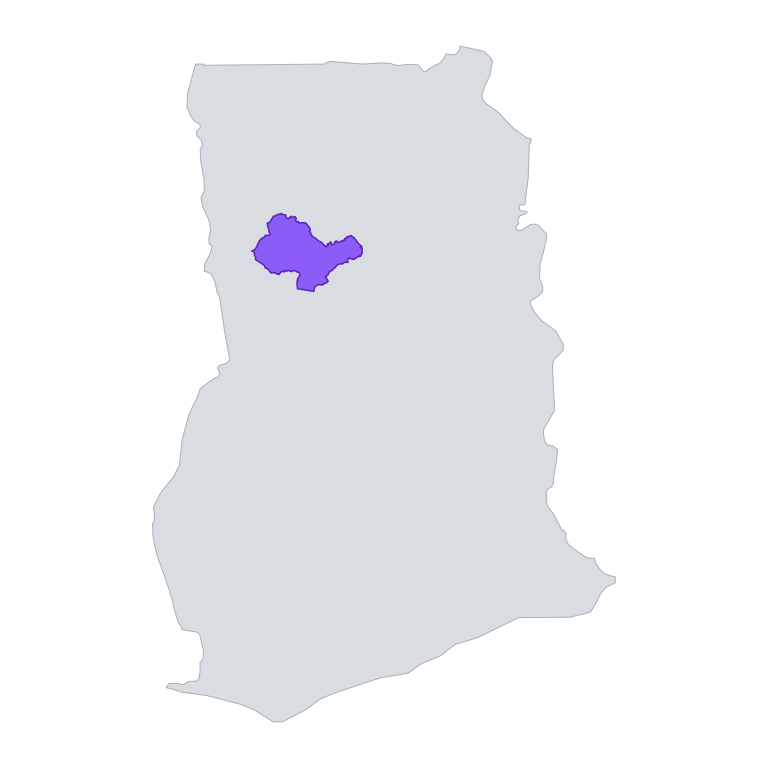 location of West Gonja, Northern, Ghana
{"feature_id": "2480657B54445116346139", "entity_name": "West Gonja", "entity_type": "district", "adm_level": 2, "iso_a3": "GHA", "parent_name": "Ghana", "parent_adm1": "Northern", "projection": "mercator", "projection_center": [-1.753, 9.223], "detail": "medium", "context": "in_parent", "style": "filled", "palette": "violet", "viewbox_px": 768, "rotation_deg": 0, "n_neighbors": 0, "source": "geoboundaries", "source_scale": "gbopen_adm2", "svg_char_len": 4514}
<svg xmlns="http://www.w3.org/2000/svg" viewBox="0 0 768 768"><path d="M484.2,51.5L490.9,57.9L492.4,61.6L490.0,75.4L485.1,85.1L482.0,94.1L482.4,98.6L485.4,103.1L495.5,110.2L500.7,114.8L506.9,121.8L514.0,128.6L526.1,137.5L531.2,139.1L531.0,141.6L529.3,145.0L528.2,178.0L527.2,186.6L526.4,190.9L525.2,203.2L524.0,205.0L521.7,204.8L519.6,205.3L519.0,207.7L519.9,210.3L527.2,212.0L525.6,213.9L520.2,215.6L517.7,219.3L518.8,223.5L515.8,226.9L516.6,229.2L518.6,230.9L521.6,230.3L530.2,224.6L533.7,224.0L538.2,225.2L546.3,233.8L546.7,238.1L543.3,252.6L540.1,263.8L539.5,278.7L542.9,287.1L542.5,291.7L538.7,295.7L530.3,301.4L531.0,305.4L534.8,312.7L541.9,320.9L555.8,331.0L563.1,344.1L563.3,349.5L559.0,354.9L554.0,359.5L552.4,366.2L554.6,410.3L543.6,429.4L543.5,434.8L544.6,441.1L547.5,445.0L553.1,446.0L557.7,449.7L556.1,463.1L553.7,476.8L553.3,483.4L551.9,486.5L547.6,489.1L546.0,493.4L547.1,498.7L546.3,502.6L548.7,507.7L553.6,514.1L561.7,529.8L564.8,531.1L566.1,534.4L565.3,537.6L568.4,544.5L577.3,551.5L586.7,557.6L594.3,558.4L596.1,563.9L601.1,570.8L604.7,573.8L610.5,575.8L615.2,576.8L615.4,582.7L606.9,586.7L601.1,592.7L596.7,601.9L590.6,612.0L569.6,617.3L561.6,617.3L518.5,617.6L478.2,637.4L455.0,644.5L440.7,655.7L421.5,663.6L408.1,673.2L380.2,677.9L334.6,693.0L320.3,699.0L305.8,709.6L282.3,721.9L273.1,721.8L254.7,710.2L240.8,704.4L207.0,695.6L181.7,692.2L169.5,688.4L166.1,687.7L169.0,683.6L176.1,683.3L183.5,684.6L189.1,681.4L197.3,681.0L199.4,677.7L200.1,669.3L200.0,662.6L202.9,659.6L203.6,651.7L199.6,634.1L196.7,632.1L182.0,629.6L180.9,626.1L178.2,622.4L175.4,613.3L172.2,599.8L167.0,583.1L157.1,555.5L154.7,545.7L153.0,535.8L152.6,523.9L154.6,519.5L154.3,513.3L153.4,507.2L160.4,493.2L174.1,475.9L177.0,469.7L179.5,465.4L179.9,459.2L182.3,439.1L188.9,414.8L193.0,405.6L195.8,400.7L199.1,392.6L200.0,388.8L212.6,379.3L218.4,376.7L219.7,372.9L217.8,368.8L218.6,366.0L221.6,364.6L226.3,363.5L229.7,359.6L224.3,329.6L220.0,299.6L219.8,297.1L217.2,292.9L214.7,280.6L210.4,273.3L204.5,271.2L204.5,264.4L210.5,252.9L212.1,246.1L209.2,244.1L208.8,238.8L210.8,230.3L209.8,225.0L208.7,219.5L202.5,206.3L201.0,197.0L204.2,191.6L204.1,179.7L200.7,161.3L200.2,149.6L202.4,144.8L201.3,140.2L196.8,135.8L196.5,131.6L200.3,127.4L199.9,124.2L195.1,121.8L190.8,116.2L186.9,107.2L187.7,92.8L194.9,66.2L195.8,64.0L203.9,64.2L204.0,65.3L229.3,65.0L258.3,64.8L292.9,64.4L324.3,64.1L325.7,62.9L330.9,61.4L362.7,64.1L382.5,62.8L390.9,63.7L397.1,65.5L410.8,64.3L418.1,65.0L423.7,71.6L425.9,71.6L429.0,68.8L434.5,65.6L440.1,63.0L444.0,57.9L446.5,53.9L450.1,54.7L455.3,54.5L458.8,51.2L460.1,46.1L484.2,51.5Z" fill="#d9dde1" stroke="#a8b0b8" stroke-width="1"/><path d="M255.5,259.6L264.2,265.2L265.2,267.8L268.2,269.2L270.2,272.2L271.2,272.9L275.2,272.8L277.2,274.2L278.1,273.7L279.0,274.5L281.5,271.4L283.3,271.3L283.7,271.9L285.0,271.6L285.2,270.6L287.5,271.1L288.7,270.3L290.4,271.5L292.0,271.4L292.6,270.6L295.1,270.7L297.2,272.1L299.0,272.3L300.0,275.0L297.4,279.3L298.0,280.1L297.1,281.2L297.0,283.1L297.5,288.7L313.8,291.4L314.6,287.2L317.9,284.6L321.4,285.0L323.4,284.5L323.9,283.6L326.7,282.8L327.1,281.9L328.2,281.3L326.2,277.6L325.4,277.3L325.7,276.6L327.9,275.0L329.4,271.8L333.0,269.8L333.7,268.4L335.2,267.6L337.3,264.8L340.4,263.7L342.2,264.0L344.8,262.2L347.9,262.3L347.4,260.3L348.8,258.1L353.6,259.5L357.0,257.5L357.8,256.4L359.4,256.5L359.7,255.7L360.1,256.4L360.6,256.2L362.1,253.4L362.2,248.2L360.5,247.4L361.6,246.6L361.6,245.9L359.4,244.7L354.2,237.9L351.1,235.6L348.3,236.5L348.4,237.0L346.5,237.0L346.0,238.8L344.8,238.6L344.6,240.2L343.4,240.1L342.7,241.4L341.3,240.9L340.1,242.2L338.8,242.3L336.6,241.8L336.7,241.0L336.1,241.0L334.8,242.1L333.8,244.6L333.8,244.1L332.1,244.8L331.3,243.9L331.3,242.9L330.8,242.1L330.4,242.1L328.6,243.9L327.7,243.9L328.1,244.8L327.4,245.1L327.6,245.8L325.8,246.7L325.5,245.7L323.7,245.2L323.1,243.9L320.6,241.8L319.0,241.2L314.5,237.5L312.2,236.7L311.8,235.1L310.7,234.1L310.7,232.4L309.6,231.4L310.3,229.4L309.8,228.0L306.3,223.5L305.2,222.8L298.9,222.8L298.2,222.5L298.2,221.6L296.4,221.6L295.4,220.1L296.4,218.6L295.1,216.7L292.4,217.4L291.6,216.3L290.1,216.9L289.7,218.2L286.9,218.4L285.9,216.8L285.9,215.0L282.9,214.6L281.4,213.4L280.5,214.1L278.0,214.2L275.7,215.8L273.4,216.2L269.8,222.3L267.2,223.2L268.1,227.8L269.2,230.0L268.8,231.6L270.4,234.2L269.7,235.1L265.2,235.4L263.6,237.8L261.6,238.2L261.5,238.9L259.6,240.4L255.9,248.2L254.4,249.8L252.0,251.0L254.3,252.4L254.6,255.5L255.7,257.3L255.5,259.6Z" fill="#8b5cf6" stroke="#5b21b6" stroke-width="1.5"/></svg>